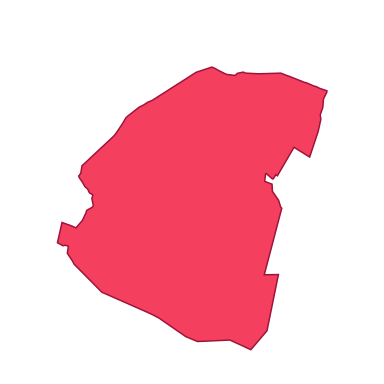 Ciudad Ixtepec, Oaxaca, Mexico (orthographic projection), rotated 198°
{"feature_id": "50627088B46254456023080", "entity_name": "Ciudad Ixtepec", "entity_type": "district", "adm_level": 2, "iso_a3": "MEX", "parent_name": "Mexico", "parent_adm1": "Oaxaca", "projection": "orthographic", "projection_center": [-95.069, 16.617], "detail": "fine", "context": "isolated", "style": "filled", "palette": "rose", "viewbox_px": 384, "rotation_deg": 198, "n_neighbors": 0, "source": "geoboundaries", "source_scale": "gbopen_adm2", "svg_char_len": 1931}
<svg xmlns="http://www.w3.org/2000/svg" viewBox="0 0 384 384"><g transform="rotate(198 192 192)"><path d="M246.7,68.8L194.4,63.5L184.9,62.0L161.9,55.1L153.1,52.5L140.6,51.5L110.2,62.9L87.3,60.2L77.8,83.2L84.3,140.2L97.7,135.6L101.5,202.4L101.5,202.8L101.6,204.3L103.0,205.1L107.1,210.9L115.7,217.5L118.3,224.2L121.0,224.3L126.2,224.6L127.6,231.8L127.1,232.5L122.0,230.3L119.6,229.3L118.7,229.7L118.6,230.4L117.6,234.4L117.4,234.3L115.8,233.8L109.0,265.2L108.8,265.6L108.8,266.0L90.9,261.6L90.7,288.4L90.7,288.5L91.9,300.9L93.8,304.8L93.9,305.1L93.7,312.8L94.1,314.5L95.7,321.1L94.6,328.6L95.0,330.0L101.9,330.0L102.3,330.0L106.2,330.6L109.3,330.5L117.6,331.3L118.4,331.0L132.6,331.9L133.4,332.0L137.8,332.1L144.2,332.5L163.0,325.8L165.3,325.0L168.9,324.0L177.9,321.6L180.3,321.9L185.5,318.9L187.0,316.2L195.6,314.5L204.4,315.8L204.9,315.9L207.3,316.4L207.5,316.4L208.6,316.7L211.8,316.9L225.0,307.2L229.2,302.1L229.5,301.7L233.1,297.3L236.5,293.2L238.9,290.3L241.1,287.6L243.5,284.7L247.7,279.5L252.4,273.9L258.2,266.8L262.0,263.5L264.7,260.1L268.5,256.3L276.9,243.9L277.9,241.8L278.9,236.9L280.1,232.4L282.5,224.0L283.8,220.8L292.0,206.0L304.3,183.7L304.7,182.9L303.6,175.4L303.8,174.7L304.2,173.7L304.7,172.1L303.8,171.0L302.9,170.2L301.4,169.1L299.8,167.9L298.3,166.6L295.6,164.1L294.5,163.5L292.3,162.7L289.4,159.6L288.3,159.2L287.2,159.0L286.1,158.9L285.4,158.5L285.5,158.2L285.3,157.7L285.3,157.4L285.3,156.1L285.3,155.6L285.2,155.1L285.1,154.6L282.0,149.2L281.8,148.6L281.7,148.3L281.7,147.9L281.7,147.6L281.8,147.3L282.1,146.8L282.4,146.4L285.7,142.8L286.0,142.4L286.3,142.1L286.5,141.5L286.4,139.5L287.1,133.7L287.4,131.8L287.3,131.5L291.3,122.0L295.3,122.5L304.9,122.8L305.4,122.8L306.2,122.9L304.3,102.2L302.8,101.8L301.6,101.7L301.0,101.6L299.5,101.3L298.7,101.0L297.7,101.2L296.7,101.8L295.9,102.3L292.9,102.2L291.6,95.1L284.2,89.3L281.8,86.9L246.7,68.8Z" fill="#f43f5e" stroke="#9f1239" stroke-width="1.5"/></g></svg>